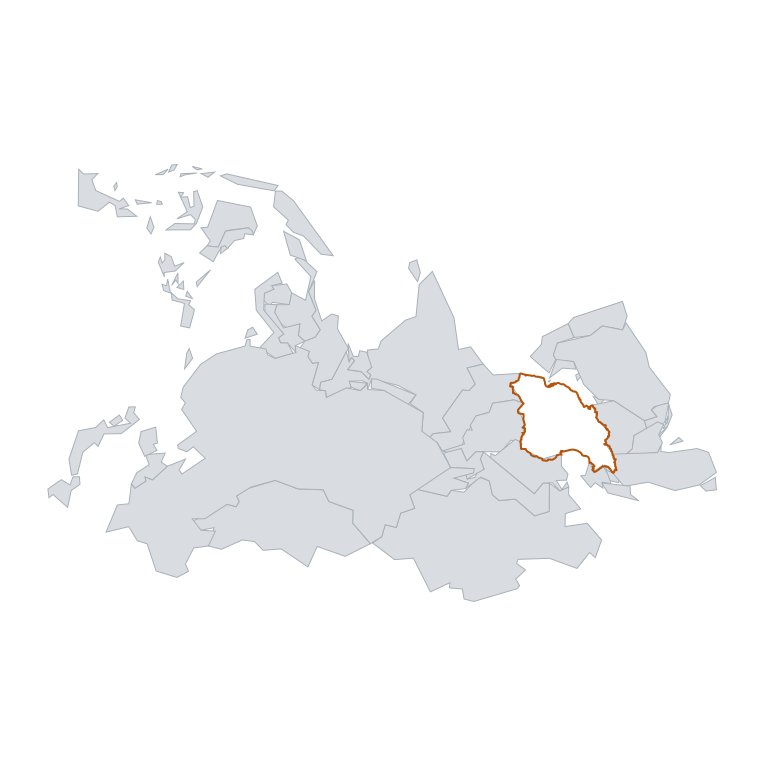 Iran on a map of Asia (Mercator projection), rotated 181°
{"feature_id": "IRN", "entity_name": "Iran", "entity_type": "country or territory", "adm_level": 0, "iso_a3": "IRN", "parent_name": "Asia", "parent_adm1": "", "projection": "mercator", "projection_center": [53.162, 32.435], "detail": "fine", "context": "in_parent", "style": "outline", "palette": "amber", "viewbox_px": 768, "rotation_deg": 181, "n_neighbors": 45, "source": "natural_earth", "source_scale": "50m", "svg_char_len": 18679}
<svg xmlns="http://www.w3.org/2000/svg" viewBox="0 0 768 768"><g transform="rotate(181 384 384)"><path d="M392.6,224.8L383.7,231.3L380.3,243.4L369.2,240.7L365.1,255.2L351.2,260.2L356.2,273.7L352.8,280.0L319.0,272.8L314.9,278.9L302.0,277.3L287.7,292.6L277.0,288.9L273.6,275.1L266.9,269.5L250.7,271.2L231.1,254.8L216.6,259.5L216.9,287.8L206.3,280.2L197.5,284.3L197.5,276.7L185.2,262.6L200.5,257.5L200.5,244.6L178.4,248.3L163.7,231.8L169.7,214.1L175.5,219.1L187.8,203.0L215.5,212.6L246.9,211.0L248.3,206.8L239.3,200.6L248.9,191.2L244.9,184.8L247.5,181.6L290.2,168.2L300.2,170.4L302.0,180.4L315.0,181.3L314.6,186.5L334.0,177.0L351.6,210.4L370.3,208.6L392.6,224.8Z" fill="#d9dde1" stroke="#a8b0b8" stroke-width="1"/><path d="M216.9,287.8L216.6,259.5L231.1,254.8L250.7,271.2L266.9,269.5L273.6,275.1L277.0,288.9L285.7,292.6L300.8,280.7L297.8,286.3L312.5,291.1L305.3,296.4L298.8,295.9L299.1,290.4L291.6,292.2L287.2,300.9L282.5,300.6L286.4,310.8L283.3,317.9L231.8,277.0L223.2,287.7L216.9,287.8Z" fill="#d9dde1" stroke="#a8b0b8" stroke-width="1"/><path d="M692.8,556.7L693.0,593.4L688.0,588.7L673.8,589.4L679.7,583.2L675.6,572.4L651.7,562.0L647.9,565.2L642.3,557.9L651.9,554.5L643.7,554.5L634.1,547.4L653.5,546.5L656.0,557.7L661.8,561.0L672.9,551.7L692.8,556.7ZM603.1,592.1L600.1,599.2L594.6,599.8L597.5,594.4L603.1,592.1ZM654.8,580.8L654.2,576.6L656.4,572.7L657.7,577.0L654.8,580.8ZM563.4,519.0L560.2,524.0L569.6,537.1L563.0,537.8L553.7,564.6L520.5,558.6L513.4,539.8L517.4,530.9L522.2,537.8L540.6,535.3L545.1,534.1L552.1,518.0L563.4,519.0ZM619.5,561.2L633.9,559.5L635.9,563.8L619.5,561.2ZM613.7,563.4L609.9,562.4L608.8,559.9L614.4,559.7L613.7,563.4ZM619.6,530.0L623.9,535.8L620.6,547.2L616.7,536.5L619.6,530.0ZM580.2,534.8L604.6,534.2L595.9,540.8L576.3,540.8L575.5,545.1L580.5,550.0L593.9,545.6L583.7,552.8L592.9,572.1L587.8,571.8L590.5,567.2L583.6,567.8L580.7,556.9L577.0,558.6L577.7,573.1L574.1,574.0L568.3,557.8L574.3,541.3L580.2,534.8ZM579.6,598.2L569.5,595.9L574.7,594.8L579.6,598.2ZM574.8,591.7L586.5,589.7L591.5,587.6L590.7,590.7L574.8,591.7ZM563.5,587.6L570.4,591.1L557.0,592.9L563.5,587.6ZM497.2,575.2L533.9,581.1L551.2,589.2L544.8,591.3L493.3,580.6L497.2,575.2ZM482.5,546.1L497.5,559.3L495.9,575.0L489.7,575.1L477.8,565.8L437.0,511.4L449.2,512.7L466.9,530.4L477.3,534.3L484.8,541.6L482.5,546.1Z" fill="#d9dde1" stroke="#a8b0b8" stroke-width="1"/><path d="M603.7,595.0L608.5,589.5L616.3,589.3L603.7,595.0Z" fill="#d9dde1" stroke="#a8b0b8" stroke-width="1"/><path d="M104.1,344.4L99.4,353.8L99.1,369.2L95.4,358.1L100.1,345.8L104.1,344.4Z" fill="#d9dde1" stroke="#a8b0b8" stroke-width="1"/><path d="M108.5,338.2L100.2,345.7L107.6,335.6L108.5,338.2Z" fill="#d9dde1" stroke="#a8b0b8" stroke-width="1"/><path d="M102.6,350.3L99.1,357.2L100.5,349.4L102.6,350.3Z" fill="#d9dde1" stroke="#a8b0b8" stroke-width="1"/><path d="M102.6,350.3L120.7,343.8L123.0,351.9L110.7,356.2L116.3,362.7L105.5,371.2L99.1,369.2L102.6,350.3Z" fill="#d9dde1" stroke="#a8b0b8" stroke-width="1"/><path d="M192.3,402.2L205.9,403.0L218.5,393.1L211.5,412.9L194.7,409.8L192.3,402.2Z" fill="#d9dde1" stroke="#a8b0b8" stroke-width="1"/><path d="M188.0,399.1L187.6,394.6L190.7,390.6L192.5,396.2L188.0,399.1Z" fill="#d9dde1" stroke="#a8b0b8" stroke-width="1"/><path d="M168.4,365.6L174.6,375.3L164.3,371.8L168.4,365.6Z" fill="#d9dde1" stroke="#a8b0b8" stroke-width="1"/><path d="M123.0,351.9L120.7,343.8L133.1,336.8L134.7,323.4L143.1,316.3L154.2,317.8L161.5,328.2L157.8,339.8L168.5,349.8L175.4,366.5L153.9,371.3L123.0,351.9Z" fill="#d9dde1" stroke="#a8b0b8" stroke-width="1"/><path d="M212.6,411.6L219.3,398.0L238.3,414.0L227.3,426.4L226.5,434.1L200.9,447.6L194.7,433.8L211.4,427.9L215.2,415.9L212.6,411.6ZM219.8,389.4L217.4,391.0L219.1,388.9L219.8,389.4Z" fill="#d9dde1" stroke="#a8b0b8" stroke-width="1"/><path d="M477.8,473.4L480.0,461.7L497.1,463.7L499.7,459.7L505.9,465.7L505.2,472.6L495.8,477.0L498.3,480.4L482.9,482.3L477.8,473.4Z" fill="#d9dde1" stroke="#a8b0b8" stroke-width="1"/><path d="M492.5,461.4L480.0,461.7L477.8,473.4L463.9,466.4L459.0,490.2L475.3,507.3L469.8,510.2L453.0,495.2L461.0,475.1L453.2,456.5L457.2,450.4L448.6,437.1L453.5,429.6L464.0,425.4L470.5,431.1L469.2,442.6L481.2,437.9L489.7,443.1L494.6,453.9L492.5,461.4Z" fill="#d9dde1" stroke="#a8b0b8" stroke-width="1"/><path d="M504.6,461.8L492.5,461.4L494.6,453.9L485.5,438.3L469.2,442.6L470.5,431.1L464.0,425.4L473.4,420.8L472.6,414.0L481.2,423.3L488.1,423.3L490.3,428.5L485.1,432.2L504.2,451.9L504.6,461.8Z" fill="#d9dde1" stroke="#a8b0b8" stroke-width="1"/><path d="M464.0,425.4L453.5,429.6L448.6,437.1L457.2,450.4L453.2,456.5L461.0,475.1L455.2,486.3L455.0,468.1L447.4,446.0L437.4,453.1L430.8,451.2L431.5,438.4L420.2,419.0L436.0,387.8L447.3,384.6L448.3,377.1L455.9,381.9L449.9,404.3L455.8,403.3L460.7,410.1L459.1,415.2L469.7,416.8L464.0,425.4Z" fill="#d9dde1" stroke="#a8b0b8" stroke-width="1"/><path d="M487.6,483.1L498.3,480.4L495.8,477.0L505.2,472.6L505.6,456.0L485.1,432.2L490.3,428.5L488.1,423.3L481.2,423.3L475.5,413.1L493.1,407.7L508.4,418.6L495.0,433.5L513.0,455.6L514.8,476.4L492.2,493.8L487.6,483.1Z" fill="#d9dde1" stroke="#a8b0b8" stroke-width="1"/><path d="M634.8,279.7L629.6,291.0L617.4,299.3L621.2,309.3L601.6,311.1L605.4,302.0L599.1,298.0L603.7,293.3L613.7,284.0L621.2,286.7L620.3,282.7L631.2,275.2L634.8,279.7Z" fill="#d9dde1" stroke="#a8b0b8" stroke-width="1"/><path d="M609.8,313.7L622.0,307.5L628.2,320.5L626.1,332.2L611.5,336.9L609.5,320.9L613.6,319.7L609.8,313.7Z" fill="#d9dde1" stroke="#a8b0b8" stroke-width="1"/><path d="M394.8,224.1L419.8,211.0L448.0,220.4L456.9,199.8L483.9,217.3L501.9,215.6L510.7,224.2L523.0,225.6L543.7,215.9L556.7,219.0L551.4,237.4L564.4,234.6L574.0,243.0L538.7,261.0L529.8,258.7L526.8,263.8L529.5,269.4L521.6,276.1L491.1,285.7L468.0,277.6L442.9,277.2L437.0,265.5L412.6,257.2L412.8,244.3L394.8,224.1Z" fill="#d9dde1" stroke="#a8b0b8" stroke-width="1"/><path d="M448.3,377.1L447.3,384.6L436.0,387.8L422.3,415.6L419.3,406.0L416.9,409.9L413.8,406.7L420.6,397.7L406.9,395.9L399.3,388.6L397.3,392.8L401.4,396.1L396.6,400.6L400.1,402.3L401.1,417.7L390.4,418.9L387.7,427.0L363.6,448.2L353.2,452.0L350.6,483.9L337.6,497.4L315.2,451.5L310.1,419.8L298.0,422.6L285.2,405.6L301.2,401.5L292.7,385.5L298.9,378.9L305.4,379.3L324.8,351.1L316.4,337.4L333.9,335.2L339.3,329.4L345.3,337.4L344.3,356.1L357.6,364.8L351.9,373.7L369.9,382.8L396.5,388.8L400.2,378.2L400.8,384.5L405.9,386.9L418.7,386.1L416.8,380.2L441.6,369.5L442.3,376.2L448.3,377.1Z" fill="#d9dde1" stroke="#a8b0b8" stroke-width="1"/><path d="M419.3,406.0L420.6,423.9L415.3,411.2L410.1,411.0L408.9,416.9L401.9,415.5L396.6,400.6L401.4,396.1L397.3,392.8L399.3,388.6L406.9,395.9L420.6,397.7L413.8,406.7L416.9,409.9L419.3,406.0Z" fill="#d9dde1" stroke="#a8b0b8" stroke-width="1"/><path d="M416.8,380.2L418.7,386.1L400.8,384.5L407.4,376.9L416.8,380.2Z" fill="#d9dde1" stroke="#a8b0b8" stroke-width="1"/><path d="M396.8,379.6L396.5,388.8L391.8,388.9L351.9,373.7L359.9,363.3L384.0,377.5L396.8,379.6Z" fill="#d9dde1" stroke="#a8b0b8" stroke-width="1"/><path d="M339.3,329.4L333.9,335.2L316.4,337.4L324.8,351.1L305.4,379.3L298.9,378.9L292.7,385.5L301.2,401.5L285.2,405.6L275.1,394.9L247.8,397.1L249.9,389.9L258.0,386.6L244.3,367.1L253.7,370.4L275.0,366.7L278.3,357.5L291.6,353.6L305.7,322.4L324.3,318.0L330.1,326.6L339.3,329.4Z" fill="#d9dde1" stroke="#a8b0b8" stroke-width="1"/><path d="M266.0,318.2L290.9,317.9L299.9,308.4L305.7,320.8L313.6,315.5L324.3,318.0L302.5,325.4L304.4,331.7L300.3,339.7L295.0,339.5L297.2,343.9L291.6,353.6L278.3,357.5L275.0,366.7L253.7,370.4L244.3,367.1L249.4,361.2L242.4,346.4L246.2,328.3L256.1,330.0L266.0,318.2Z" fill="#d9dde1" stroke="#a8b0b8" stroke-width="1"/><path d="M283.3,317.9L286.4,310.8L282.5,300.6L299.1,290.4L301.1,295.7L292.4,300.9L316.0,301.6L323.3,316.0L305.7,320.8L299.9,308.4L290.9,317.9L283.3,317.9Z" fill="#d9dde1" stroke="#a8b0b8" stroke-width="1"/><path d="M300.8,280.7L314.9,278.9L319.0,272.8L352.8,280.0L316.0,301.6L292.4,300.9L292.9,296.7L312.5,291.1L297.8,286.3L300.8,280.7Z" fill="#d9dde1" stroke="#a8b0b8" stroke-width="1"/><path d="M197.5,284.3L206.3,280.2L214.0,288.2L223.2,287.7L231.8,277.0L276.1,312.1L275.9,316.4L271.6,314.3L251.9,330.9L246.2,328.3L245.7,322.5L224.5,311.7L205.4,317.6L205.2,305.1L198.5,297.3L199.8,291.1L210.0,290.5L204.3,281.7L199.2,289.1L197.5,284.3Z" fill="#d9dde1" stroke="#a8b0b8" stroke-width="1"/><path d="M103.5,348.2L108.5,338.2L104.6,330.0L109.2,320.2L140.6,317.3L134.7,323.4L133.1,336.8L109.8,350.9L103.5,348.2Z" fill="#d9dde1" stroke="#a8b0b8" stroke-width="1"/><path d="M163.9,306.4L148.0,295.6L147.5,289.5L158.6,291.5L163.9,306.4Z" fill="#d9dde1" stroke="#a8b0b8" stroke-width="1"/><path d="M154.2,317.8L109.2,320.2L105.9,327.2L106.0,321.4L97.9,320.4L69.8,324.9L58.3,321.3L50.1,301.4L67.3,288.5L91.2,282.5L118.2,290.5L142.2,285.8L154.3,299.6L150.5,301.7L154.2,317.8ZM49.8,284.0L60.3,282.6L65.9,287.9L51.1,296.4L49.8,284.0Z" fill="#d9dde1" stroke="#a8b0b8" stroke-width="1"/><path d="M361.4,499.9L360.5,505.8L353.3,508.7L349.7,496.1L352.2,486.9L361.4,499.9Z" fill="#d9dde1" stroke="#a8b0b8" stroke-width="1"/><path d="M516.3,438.5L511.6,431.6L523.7,427.4L521.2,435.7L516.3,438.5ZM316.0,301.6L356.2,273.7L351.2,260.2L365.1,255.2L369.2,240.7L380.3,243.4L383.7,231.3L394.8,224.1L412.8,244.3L412.6,257.2L437.0,265.5L442.9,277.2L468.0,277.6L491.1,285.7L515.0,278.7L529.5,269.4L526.8,263.8L529.8,258.7L538.7,261.0L560.8,246.1L573.4,245.9L564.4,234.6L550.0,234.0L556.7,219.0L571.3,216.8L579.4,200.6L576.2,193.3L587.8,187.0L608.5,193.0L618.1,220.1L627.8,222.9L636.7,236.9L659.3,231.1L648.5,258.4L637.0,259.8L634.8,279.7L631.2,275.2L620.3,282.7L621.2,286.7L613.7,284.0L599.1,298.0L581.1,305.5L587.4,294.4L584.4,290.5L561.4,306.6L573.6,317.9L579.9,312.8L588.4,315.8L589.3,319.4L570.5,333.4L585.9,355.0L582.3,361.6L587.0,367.1L584.7,377.4L567.7,400.4L552.2,411.1L523.7,419.5L521.8,425.8L518.7,426.2L518.5,419.5L502.7,417.0L500.9,411.1L493.1,407.7L472.6,414.0L473.4,420.8L459.1,415.2L460.7,410.1L455.8,403.3L449.9,404.3L455.9,381.9L451.6,376.7L442.3,376.2L441.6,369.5L421.3,379.5L407.4,376.9L400.7,383.2L400.2,378.2L384.0,377.5L344.3,356.1L345.3,337.4L330.1,326.6L316.0,301.6Z" fill="#d9dde1" stroke="#a8b0b8" stroke-width="1"/><path d="M583.6,395.7L581.8,411.1L579.4,416.1L575.8,406.4L583.6,395.7Z" fill="#d9dde1" stroke="#a8b0b8" stroke-width="1"/><path d="M163.3,283.7L171.2,289.0L175.5,284.1L185.7,295.6L181.1,296.2L177.2,309.6L172.6,300.5L163.9,306.4L158.9,298.2L155.3,288.3L163.9,289.7L163.3,283.7ZM161.9,306.6L158.0,305.7L154.3,299.6L159.6,301.3L161.9,306.6Z" fill="#d9dde1" stroke="#a8b0b8" stroke-width="1"/><path d="M127.2,271.7L158.1,278.9L164.6,288.8L136.2,286.2L135.6,277.8L127.2,271.7Z" fill="#d9dde1" stroke="#a8b0b8" stroke-width="1"/><path d="M582.3,473.3L577.1,466.1L583.8,468.4L582.3,473.3ZM592.0,491.4L591.7,480.9L593.9,484.4L598.1,478.9L592.0,491.4ZM605.5,487.3L611.8,501.8L609.9,507.0L607.9,501.2L605.3,504.1L605.4,510.9L598.9,507.6L595.4,498.2L586.0,501.8L594.8,493.3L605.9,491.6L605.5,487.3ZM573.5,482.7L559.4,495.1L572.5,478.1L573.5,482.7ZM588.3,438.4L584.9,461.1L597.4,464.3L598.1,471.4L591.6,465.6L578.8,463.8L580.8,460.0L574.8,454.9L579.3,436.7L588.3,438.4ZM586.5,483.4L585.8,475.1L592.7,476.9L586.5,483.4ZM606.0,473.6L607.6,479.9L603.3,478.4L602.1,485.1L599.1,471.3L606.0,473.6Z" fill="#d9dde1" stroke="#a8b0b8" stroke-width="1"/><path d="M463.8,505.9L479.9,511.2L487.0,534.9L471.1,526.7L463.8,505.9ZM563.4,519.0L552.1,518.0L545.1,534.1L522.2,537.8L518.3,534.7L517.4,530.9L525.8,531.8L526.9,527.0L536.0,524.8L542.8,516.8L549.2,518.0L556.9,503.3L570.7,511.8L563.4,519.0Z" fill="#d9dde1" stroke="#a8b0b8" stroke-width="1"/><path d="M549.8,511.6L549.2,518.0L545.4,519.7L542.8,516.8L549.8,511.6Z" fill="#d9dde1" stroke="#a8b0b8" stroke-width="1"/><path d="M697.7,303.4L688.6,331.9L671.6,335.5L663.6,343.2L659.6,335.5L636.7,340.4L642.4,345.3L638.7,356.6L632.3,356.8L633.7,350.8L627.9,344.3L645.9,329.8L663.0,329.2L668.8,316.8L672.6,320.2L684.0,310.4L688.9,288.7L694.8,287.3L697.7,303.4ZM713.0,267.7L717.0,264.4L718.2,273.1L705.0,282.7L696.2,277.5L693.2,285.8L686.9,285.9L686.2,278.4L694.9,272.1L698.2,255.1L713.0,267.7ZM644.5,343.2L653.1,337.1L657.9,340.9L648.1,348.3L644.5,343.2Z" fill="#d9dde1" stroke="#a8b0b8" stroke-width="1"/><path d="M194.7,433.8L200.9,447.6L195.6,453.8L147.0,470.8L142.1,456.0L146.4,442.2L166.7,445.9L178.5,436.1L194.7,433.8Z" fill="#d9dde1" stroke="#a8b0b8" stroke-width="1"/><path d="M99.3,370.1L113.5,366.0L116.3,362.7L110.7,356.2L123.0,351.9L153.9,371.3L169.2,372.4L184.3,387.1L194.7,409.8L212.6,411.6L215.2,415.9L211.4,427.9L178.5,436.1L166.7,445.9L146.4,442.2L143.1,449.4L122.7,420.1L119.1,405.6L97.5,378.4L99.3,370.1Z" fill="#d9dde1" stroke="#a8b0b8" stroke-width="1"/><path d="M97.1,328.2L88.2,335.7L84.2,332.1L97.1,328.2Z" fill="#d9dde1" stroke="#a8b0b8" stroke-width="1"/><path d="M205.4,316.5L206.9,316.6L207.5,316.5L209.1,315.9L209.4,315.8L209.8,315.7L210.0,315.4L210.6,313.9L210.9,313.5L211.9,312.6L213.6,311.5L214.7,311.2L216.2,311.2L217.3,311.4L218.3,311.4L218.6,311.3L218.7,311.2L218.9,310.5L219.1,310.3L219.5,310.1L220.8,310.1L221.4,310.1L222.1,310.4L223.7,310.4L224.1,310.6L224.4,311.0L224.5,311.3L224.5,312.0L225.0,312.3L225.6,312.4L226.6,312.6L228.1,313.1L228.8,313.4L229.7,314.3L230.4,314.5L230.7,314.5L231.3,314.1L231.9,314.4L232.8,314.1L233.5,314.4L235.2,315.3L235.4,315.3L235.5,315.4L235.8,315.8L235.9,316.6L236.4,317.2L237.0,317.7L239.1,318.7L239.8,319.2L241.3,321.5L245.7,321.5L246.0,321.9L245.9,322.9L246.0,323.9L246.2,324.6L246.2,325.2L246.1,325.6L245.9,326.1L246.2,326.3L246.4,326.8L246.5,327.6L246.3,328.0L246.4,328.3L246.5,328.5L246.6,329.0L246.6,329.3L246.4,329.5L246.1,330.3L246.1,330.7L245.6,330.9L245.6,331.4L245.9,332.2L245.4,333.3L245.5,333.8L244.8,334.8L244.8,335.2L243.9,335.8L243.6,335.9L243.5,336.1L243.6,336.3L244.4,337.4L243.0,337.5L242.2,338.9L242.4,340.7L242.2,341.5L242.3,342.0L242.6,342.4L243.1,342.5L243.9,342.6L244.5,342.7L244.6,342.9L243.5,344.1L242.6,345.4L242.6,345.9L242.7,346.3L244.1,351.3L244.1,351.8L243.9,353.0L243.8,353.7L243.9,354.7L243.9,355.2L244.0,356.3L248.7,357.0L249.3,357.6L249.6,359.0L249.6,360.1L249.4,360.6L244.2,366.9L246.8,370.0L246.9,370.3L246.9,370.7L247.9,372.4L248.2,373.3L248.5,373.8L250.0,375.3L250.8,375.7L251.4,375.8L252.6,376.2L253.1,376.5L253.8,377.3L254.6,377.2L254.8,377.2L254.9,377.3L254.9,377.5L254.8,378.8L255.0,380.1L255.2,382.0L254.9,382.9L254.8,383.4L254.9,383.5L255.2,383.7L255.7,383.7L257.2,383.5L257.7,383.8L257.9,384.2L257.9,384.3L257.6,384.6L257.5,385.1L257.6,385.9L257.6,386.0L257.3,386.1L257.2,387.2L257.1,387.3L256.7,387.4L255.0,387.3L254.8,387.4L254.2,387.7L253.1,387.9L252.8,388.0L252.4,388.3L252.1,388.7L252.0,389.1L251.3,389.1L251.1,389.4L249.7,390.0L249.6,390.3L249.3,392.3L248.8,392.8L248.7,392.9L248.8,393.3L248.6,393.9L248.5,395.8L248.3,396.3L248.0,396.4L247.8,396.6L247.3,396.9L245.6,396.4L243.1,395.8L242.9,395.5L242.7,395.0L242.3,394.9L241.7,395.6L239.6,395.2L238.9,395.3L238.4,395.1L237.3,395.1L236.4,394.6L235.1,394.9L234.1,395.0L232.7,394.1L231.2,393.9L230.0,394.0L229.4,393.9L228.4,393.6L227.9,393.3L227.1,393.5L226.7,393.1L224.5,392.7L223.8,391.1L223.8,390.4L223.2,389.0L223.0,387.1L222.8,386.4L222.5,385.7L222.1,385.1L221.6,384.5L221.1,384.3L219.0,383.8L218.6,383.9L217.7,384.2L216.7,384.9L215.1,385.2L214.8,385.5L214.4,386.2L213.8,386.5L213.1,386.5L212.3,386.8L210.9,387.9L210.1,388.2L209.5,388.2L208.8,387.7L207.2,387.0L206.2,386.8L204.9,386.9L204.2,386.8L203.1,386.0L202.8,385.5L202.2,385.1L200.2,384.2L198.5,383.1L198.2,382.6L198.0,382.0L197.3,381.2L195.7,380.6L194.8,379.9L193.8,379.8L192.8,379.8L192.4,379.7L192.0,379.4L190.6,378.0L190.6,377.4L189.8,376.0L189.6,375.5L189.4,374.2L189.2,373.8L188.3,373.3L188.2,372.9L188.4,372.4L188.4,372.0L187.9,371.7L187.2,371.5L187.1,371.1L187.2,370.2L187.1,369.7L186.5,368.9L185.6,368.1L184.8,366.8L184.4,366.5L183.9,364.7L183.4,364.6L181.0,365.8L180.3,365.2L178.2,364.0L177.9,363.6L178.1,363.4L178.4,363.4L178.9,363.6L179.3,363.3L179.1,362.9L178.6,362.7L177.9,362.7L178.1,363.1L177.4,363.4L177.3,363.9L177.4,365.2L177.1,365.6L176.9,365.8L176.0,365.8L175.6,366.2L175.3,366.2L174.7,365.8L174.5,365.3L174.4,365.0L174.5,364.8L174.4,364.5L174.1,364.1L173.8,364.0L173.5,363.9L173.3,363.7L173.1,363.3L172.6,363.0L172.4,363.0L172.3,359.6L170.5,359.5L170.5,356.9L171.3,354.3L170.0,352.4L169.5,351.9L168.8,350.1L168.5,349.9L168.3,349.8L167.4,349.8L164.3,347.4L163.2,346.8L162.7,346.6L161.7,346.6L161.5,346.1L161.5,345.7L161.9,345.1L161.9,344.8L161.2,343.5L161.0,343.2L160.4,343.0L160.5,342.6L160.5,342.4L160.4,342.2L160.1,342.1L159.6,342.3L158.1,340.1L157.8,339.9L157.7,339.8L158.4,338.6L158.5,338.1L158.4,337.7L157.9,336.8L158.3,336.0L158.3,335.6L159.0,335.7L159.2,335.4L159.2,334.5L159.3,334.2L160.6,332.6L161.8,331.9L161.9,331.5L161.7,330.9L161.7,330.6L161.1,329.9L160.9,329.5L160.9,329.2L161.0,328.6L161.3,328.2L162.1,327.9L162.5,327.7L162.0,327.2L160.7,327.1L159.8,327.2L159.5,327.1L159.1,326.4L158.6,326.1L158.2,325.9L157.8,325.9L157.5,325.8L156.8,323.5L156.6,323.2L156.1,323.1L155.8,322.7L155.7,322.3L155.7,321.3L155.6,321.1L155.4,320.8L154.8,320.4L154.4,318.5L154.2,318.0L154.1,317.4L154.3,317.1L154.3,316.9L153.9,316.5L153.1,315.9L153.1,315.0L152.9,314.3L153.2,314.0L153.0,313.7L152.1,313.1L151.8,312.8L151.1,312.8L151.1,312.6L151.2,312.1L151.4,311.6L151.7,311.1L151.8,310.9L152.0,310.1L152.4,309.6L152.3,309.4L151.7,309.2L151.5,308.9L151.6,307.9L151.3,306.9L151.4,305.9L151.2,305.7L150.8,305.2L150.7,304.8L150.8,304.3L150.9,303.7L150.3,303.2L150.2,302.5L150.0,302.0L150.1,301.9L150.6,301.8L151.8,301.9L152.1,301.7L152.4,299.9L152.8,299.5L153.2,299.2L154.3,300.0L154.5,300.0L155.5,301.7L155.9,302.1L156.1,302.5L156.3,302.9L156.5,303.2L156.9,303.3L157.4,303.8L158.2,304.7L158.7,304.9L162.0,305.7L162.9,305.4L164.2,305.4L165.8,303.7L166.6,303.5L167.0,302.9L167.7,302.3L168.6,301.7L171.0,300.1L171.7,299.8L172.2,299.8L173.8,301.5L174.1,301.9L173.7,302.2L173.0,302.5L172.9,302.7L172.9,303.0L172.9,303.3L173.0,303.5L173.8,304.0L173.9,304.3L173.9,304.6L173.8,304.8L173.6,304.9L172.6,305.2L172.2,305.6L172.3,305.8L172.4,306.1L173.4,306.7L173.7,307.3L174.0,307.5L174.4,307.6L174.6,307.7L175.6,309.0L175.8,309.1L177.1,308.8L177.3,310.9L177.4,311.8L177.6,312.7L178.3,314.3L178.8,314.7L180.0,315.3L180.5,315.5L181.9,315.6L183.4,315.8L184.2,316.1L184.5,316.3L184.7,316.6L185.4,317.9L186.4,318.9L188.7,320.3L189.7,320.8L193.3,321.7L195.7,321.6L202.3,319.9L204.6,319.4L205.4,319.4L204.9,319.8L204.1,320.0L204.6,320.2L205.7,320.2L205.9,320.0L206.0,319.7L205.4,316.5ZM218.1,385.6L217.6,386.4L216.8,387.0L216.5,386.8L216.2,386.8L215.6,387.0L215.2,387.1L214.5,387.5L213.8,387.7L213.2,387.7L213.1,387.4L213.4,387.3L214.4,386.9L215.7,386.3L215.8,386.0L215.6,385.5L215.7,385.4L216.5,385.7L217.5,385.2L218.2,385.1L218.6,385.4L218.1,385.6Z" fill="none" stroke="#b45309" stroke-width="2"/></g></svg>